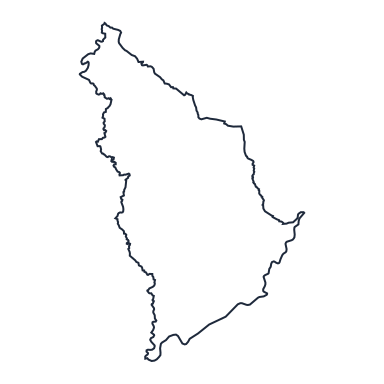 outline of San Pa Tong, Chiang Mai, Thailand
{"feature_id": "78962969B57097295633579", "entity_name": "San Pa Tong", "entity_type": "district", "adm_level": 2, "iso_a3": "THA", "parent_name": "Thailand", "parent_adm1": "Chiang Mai", "projection": "albers", "projection_center": [98.859, 18.609], "detail": "fine", "context": "isolated", "style": "outline", "palette": "slate", "viewbox_px": 384, "rotation_deg": 0, "n_neighbors": 0, "source": "geoboundaries", "source_scale": "gbopen_adm2", "svg_char_len": 5939}
<svg xmlns="http://www.w3.org/2000/svg" viewBox="0 0 384 384"><path d="M145.3,358.7L147.3,358.2L148.5,359.6L151.7,361.0L154.5,360.6L156.8,359.3L159.1,356.9L160.4,355.1L160.5,352.6L160.1,348.3L160.9,343.8L162.1,342.5L166.0,340.1L169.1,336.5L173.3,334.9L176.0,334.6L178.0,336.0L182.4,343.5L184.7,344.4L186.2,344.0L188.1,341.8L189.7,338.8L198.0,333.5L209.2,324.5L225.7,316.7L237.8,304.3L240.3,303.2L241.9,303.2L246.4,304.8L247.8,305.0L249.9,304.6L258.0,297.7L259.4,297.0L263.7,296.4L266.7,294.8L267.1,294.0L267.1,293.4L263.7,291.6L263.2,290.9L263.2,289.2L264.8,286.2L265.4,284.3L265.4,282.5L263.6,276.9L263.9,276.1L265.1,275.1L268.2,273.7L268.6,273.2L269.3,268.9L270.7,266.8L271.2,263.8L272.0,262.1L273.7,261.4L274.5,261.6L276.1,262.7L277.9,263.4L278.9,263.1L279.5,262.4L280.5,259.2L282.3,255.1L283.4,253.7L285.7,252.2L286.3,251.3L286.6,249.1L285.5,243.9L286.0,242.5L286.9,241.7L291.7,240.2L292.9,239.5L293.9,238.2L294.4,237.3L294.7,234.6L294.2,229.7L294.4,227.6L294.7,227.0L298.4,224.4L298.7,220.9L299.5,218.4L304.2,212.9L303.6,212.2L300.8,212.2L298.5,213.8L298.0,214.7L297.7,217.3L297.2,218.5L293.1,222.3L288.7,222.7L286.6,223.6L283.2,223.9L283.6,223.3L282.3,222.1L281.5,221.6L279.2,221.3L279.1,220.2L277.0,219.4L272.7,217.1L272.5,216.9L272.9,216.0L271.7,215.6L265.0,211.3L263.4,208.6L263.1,205.0L262.6,204.8L263.2,203.8L263.4,201.4L263.9,200.7L263.7,199.9L262.3,198.0L262.3,196.9L261.5,196.7L261.3,195.7L259.8,194.5L259.2,193.3L259.3,190.8L258.7,190.2L259.0,189.2L257.9,188.5L256.4,186.8L255.8,186.7L254.9,184.0L253.8,183.3L253.8,182.6L253.3,182.2L253.6,181.6L252.4,178.7L252.8,178.4L253.0,177.6L252.5,177.2L252.8,176.5L252.3,176.0L252.9,174.9L253.7,174.3L253.8,173.0L254.3,171.8L253.7,170.8L254.2,168.4L253.6,167.7L254.2,165.6L252.6,164.8L252.6,163.7L253.5,162.4L253.5,161.6L253.2,161.0L251.4,159.9L248.1,158.5L247.2,157.5L247.1,156.6L246.0,155.8L244.6,151.9L244.3,148.7L244.7,141.9L243.9,139.8L243.8,134.7L241.2,126.4L233.3,126.6L227.9,125.7L226.2,124.2L224.2,123.5L224.8,121.5L216.3,119.5L210.0,118.7L206.8,117.8L201.4,119.3L199.5,118.6L198.4,117.3L198.3,114.9L197.7,113.7L197.6,112.4L196.5,110.6L196.1,107.4L195.1,105.5L193.3,100.0L192.8,97.4L192.9,95.9L191.1,95.0L188.9,94.5L188.7,94.0L187.3,93.6L186.3,92.5L185.0,94.9L184.1,95.3L176.1,88.6L173.3,88.4L172.9,87.1L171.1,87.2L169.0,84.4L166.8,83.7L164.7,83.5L163.4,80.4L161.8,79.3L160.1,77.2L154.9,73.6L154.2,72.2L153.6,68.8L151.9,66.9L150.6,66.3L147.9,66.5L147.3,65.3L146.6,64.8L142.9,65.4L142.0,65.2L141.4,63.7L142.9,62.3L143.0,61.7L138.5,62.0L137.1,58.7L135.0,56.2L131.7,55.0L126.5,50.9L125.1,50.3L122.7,48.0L119.1,43.2L118.7,41.8L118.8,39.3L120.3,34.1L121.1,32.6L120.2,30.9L118.1,29.9L113.2,28.7L112.0,27.6L110.4,27.6L108.7,26.1L106.7,25.4L105.4,23.5L104.6,23.0L104.4,23.8L101.9,25.6L102.1,27.9L101.7,29.1L102.1,30.7L101.8,32.6L102.6,33.2L105.2,33.7L105.3,37.5L103.1,39.7L103.0,41.1L101.9,41.7L101.1,41.7L97.8,40.2L96.4,40.8L96.0,41.9L96.2,43.3L99.3,45.8L99.4,47.0L98.9,48.2L97.9,49.3L95.5,50.6L94.7,51.9L94.2,53.9L90.6,53.4L88.2,54.2L82.7,58.5L81.3,61.7L82.0,63.9L82.8,64.3L83.6,64.2L84.4,63.4L85.5,63.3L87.8,61.7L88.3,62.0L88.7,62.9L88.6,65.0L87.8,67.9L85.9,70.8L84.3,71.8L82.5,72.1L79.9,73.8L79.8,74.4L82.1,76.7L89.0,79.9L90.3,82.7L91.2,83.5L92.8,83.4L93.5,83.8L93.9,85.1L94.8,85.8L96.8,88.6L96.9,89.8L96.2,91.5L96.3,93.4L97.1,94.0L98.7,94.6L99.7,94.3L100.5,93.3L102.1,93.9L103.2,93.3L104.3,94.5L104.1,95.3L104.7,96.0L104.7,97.3L107.0,98.8L108.8,98.2L109.8,99.0L110.6,98.3L110.8,98.6L110.2,99.3L111.5,99.8L110.5,104.3L109.4,106.2L108.2,107.3L107.9,107.9L105.9,109.0L105.8,111.9L104.0,112.4L103.0,114.3L103.1,115.9L102.5,117.7L104.5,118.7L104.7,121.4L103.6,122.6L103.7,123.7L104.7,124.9L104.9,125.8L104.4,127.5L103.5,128.4L103.4,129.1L104.1,130.2L105.3,130.1L106.2,131.0L105.4,132.6L104.4,133.1L105.4,136.8L104.6,137.5L102.9,137.8L101.9,139.1L98.9,139.2L97.9,141.7L96.6,141.4L96.0,142.0L97.6,146.2L99.9,146.1L100.4,146.5L101.1,149.4L100.7,151.2L102.1,153.5L103.3,153.7L103.6,154.3L104.4,154.5L106.6,156.8L107.8,157.1L108.7,156.4L109.3,156.3L110.3,156.5L111.6,157.4L112.6,157.1L113.9,157.6L113.5,159.6L112.9,159.8L111.8,159.3L111.3,161.1L112.0,161.8L114.6,162.0L115.7,162.8L115.7,164.3L114.1,164.5L113.5,165.7L114.3,167.0L115.3,167.4L116.1,169.3L117.6,171.6L119.4,172.2L119.9,173.0L119.4,174.5L119.6,175.4L123.1,175.2L124.1,174.6L125.5,174.7L128.8,173.6L129.5,174.2L129.7,175.5L128.2,176.5L128.1,177.8L125.5,179.8L125.6,180.3L126.2,180.7L125.5,187.3L124.2,189.9L124.1,191.7L123.4,192.1L123.9,195.5L120.7,197.1L121.2,198.9L122.4,199.7L122.1,201.0L121.5,201.3L121.3,202.1L123.1,206.9L123.4,209.2L123.2,211.3L122.6,212.3L121.3,212.6L120.1,212.4L118.7,213.1L118.1,213.8L117.5,216.0L115.4,218.3L117.5,219.2L117.5,220.7L118.1,222.1L117.8,223.7L118.7,225.1L119.7,227.8L122.1,229.4L123.9,231.2L124.0,233.6L125.4,233.8L126.3,234.9L125.8,236.5L126.9,238.4L126.7,239.3L128.0,239.9L128.6,241.0L128.4,241.8L126.8,243.2L126.8,243.8L127.7,244.1L128.9,243.1L130.1,243.8L129.8,245.1L129.0,246.1L129.2,248.2L128.3,249.0L129.6,251.8L129.9,253.4L129.8,255.7L135.3,260.4L136.3,261.9L138.4,262.8L138.9,265.4L141.5,266.6L142.1,267.7L142.6,270.4L144.2,270.5L144.4,271.8L146.0,272.4L147.4,274.8L148.1,274.9L149.5,273.9L152.3,274.0L152.4,275.9L153.3,277.0L153.6,279.4L155.0,280.0L154.4,282.6L154.8,283.2L154.7,284.3L154.2,285.6L152.7,286.9L149.4,288.4L148.3,290.0L147.5,290.3L147.3,290.8L149.0,293.0L150.0,293.4L151.3,293.3L152.6,295.4L153.8,295.9L153.1,299.2L152.5,300.0L153.0,300.9L153.8,301.2L152.8,303.7L151.8,304.1L151.6,304.8L154.0,308.2L154.1,309.4L153.3,311.2L153.3,312.6L154.7,315.2L154.9,318.5L156.3,320.6L155.7,321.6L153.2,321.8L152.5,322.3L152.4,323.7L153.8,326.3L154.0,327.6L153.1,330.1L151.3,332.6L154.0,334.7L154.2,335.3L153.3,337.0L150.9,338.2L150.2,339.8L151.3,341.8L154.6,345.4L154.7,346.2L154.1,348.3L152.1,349.7L150.5,349.9L147.9,349.7L146.6,350.3L146.5,351.6L148.0,353.1L148.0,353.6L147.6,354.5L146.0,355.6L145.2,356.6L145.3,358.7Z" fill="none" stroke="#1e293b" stroke-width="2"/></svg>